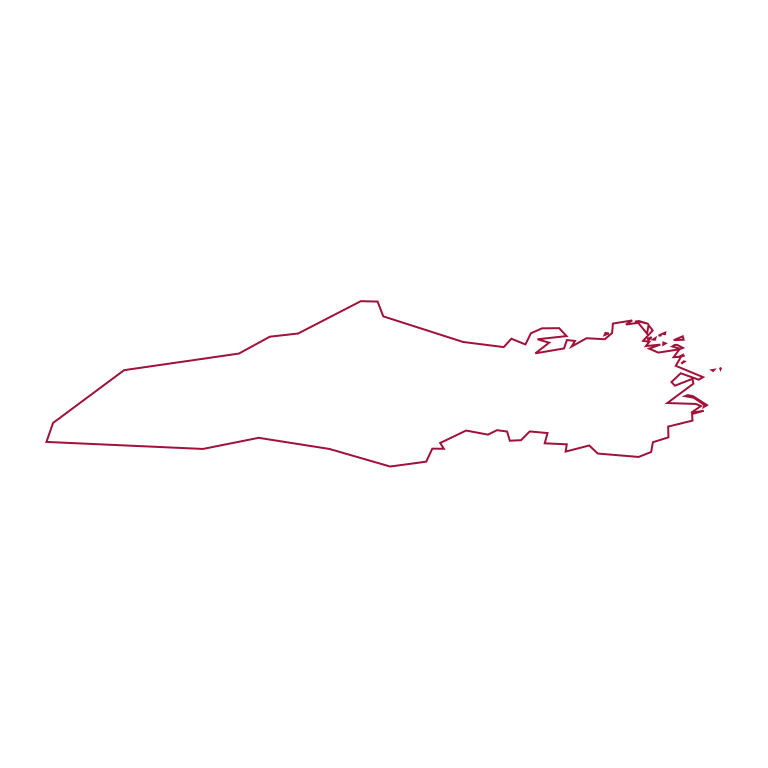 the district of Borgarbyggð, Vesturland, Iceland, rotated 181°
{"feature_id": "244011B50787148750106", "entity_name": "Borgarbyggð", "entity_type": "district", "adm_level": 2, "iso_a3": "ISL", "parent_name": "Iceland", "parent_adm1": "Vesturland", "projection": "equal_earth", "projection_center": [-22.083, 64.706], "detail": "medium", "context": "isolated", "style": "outline", "palette": "rose", "viewbox_px": 768, "rotation_deg": 181, "n_neighbors": 0, "source": "geoboundaries", "source_scale": "gbopen_adm2", "svg_char_len": 1925}
<svg xmlns="http://www.w3.org/2000/svg" viewBox="0 0 768 768"><g transform="rotate(181 384 384)"><path d="M391.8,466.3L408.7,466.4L470.7,433.0L499.0,429.3L529.6,411.9L644.1,393.3L714.2,339.3L720.5,320.2L563.9,315.9L508.4,328.0L437.4,318.1L376.5,301.6L340.4,307.1L334.6,320.2L323.0,320.3L326.8,326.0L301.1,338.9L279.2,335.2L270.2,339.8L260.1,338.6L257.2,329.5L246.0,330.2L237.5,339.1L219.6,337.8L222.3,327.5L200.2,326.9L201.2,319.6L177.7,326.1L169.1,318.2L128.1,315.5L115.7,320.7L114.1,330.5L98.7,335.6L99.1,346.4L74.9,352.8L75.4,359.4L63.7,362.8L76.4,360.6L66.7,367.5L71.8,369.5L100.4,369.9L74.7,389.7L75.6,394.6L93.1,387.4L96.6,391.0L87.5,399.9L69.4,393.8L65.1,396.4L92.6,407.3L86.8,417.8L89.9,416.2L94.9,415.9L89.2,423.8L110.4,420.2L119.5,424.0L108.4,428.2L122.8,426.5L119.5,430.8L125.7,431.7L116.3,442.2L120.5,447.5L121.9,439.0L130.9,449.6L143.2,447.7L136.9,451.9L156.2,448.4L156.8,439.0L164.0,432.6L182.3,433.3L197.1,424.7L193.8,430.4L201.9,431.1L204.6,422.7L233.2,417.3L219.6,428.2L231.3,431.4L202.3,435.1L209.9,442.9L227.0,442.4L238.0,437.3L243.3,426.0L257.4,431.5L264.9,423.0L305.6,427.4L385.9,451.6L391.8,466.3ZM95.1,432.9L85.2,433.5L86.1,436.9L95.1,432.9ZM82.7,377.1L74.1,375.7L63.1,368.5L63.8,366.7L60.7,368.5L75.0,377.3L80.1,378.2L82.7,377.1ZM129.9,450.8L120.5,448.7L130.1,451.4L134.3,450.8L129.9,450.8ZM96.4,426.6L88.5,424.3L86.2,425.0L85.7,425.3L91.8,428.3L94.2,428.0L96.4,426.6ZM120.4,432.4L117.2,435.5L121.0,434.0L120.4,432.4ZM110.3,437.0L107.3,437.5L108.7,437.9L110.3,437.0ZM163.5,438.9L164.3,436.8L160.1,438.5L163.5,438.9ZM113.9,433.0L113.4,434.7L115.8,433.2L113.9,433.0ZM106.3,439.1L103.9,438.7L103.7,440.3L106.3,439.1ZM105.4,430.3L105.5,428.2L103.2,429.5L105.4,430.3ZM84.6,411.9L87.2,409.5L83.9,411.7L84.6,411.9ZM48.3,406.2L47.8,404.7L47.5,405.4L48.3,406.2ZM56.4,403.6L55.2,402.8L54.1,404.0L56.4,403.6ZM86.4,416.7L84.5,417.6L84.1,418.0L86.4,416.7Z" fill="none" stroke="#9f1239" stroke-width="2"/></g></svg>